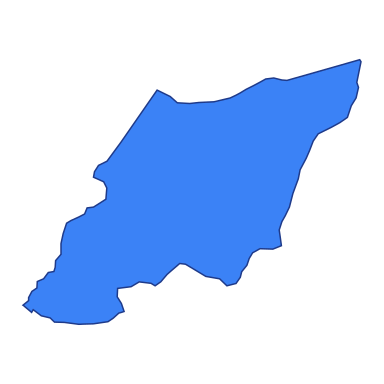 outline of Apsiou, Limassol, Cyprus
{"feature_id": "46923920B22530470704850", "entity_name": "Apsiou", "entity_type": "district", "adm_level": 2, "iso_a3": "CYP", "parent_name": "Cyprus", "parent_adm1": "Limassol", "projection": "robinson", "projection_center": [33.025, 34.799], "detail": "fine", "context": "isolated", "style": "filled", "palette": "blue", "viewbox_px": 384, "rotation_deg": 0, "n_neighbors": 0, "source": "geoboundaries", "source_scale": "gbopen_adm2", "svg_char_len": 1387}
<svg xmlns="http://www.w3.org/2000/svg" viewBox="0 0 384 384"><path d="M157.1,90.1L120.9,142.3L107.0,161.2L98.5,165.4L94.5,171.7L93.5,177.2L103.7,181.8L106.8,188.0L105.9,199.2L93.5,207.1L87.1,207.9L84.6,214.0L78.8,217.0L71.1,220.5L66.6,223.2L63.2,233.5L61.0,243.6L61.0,254.3L55.6,260.6L55.2,267.3L53.9,271.5L48.3,272.5L48.2,272.6L43.6,278.8L37.3,281.5L36.9,288.0L31.9,291.4L28.6,297.6L28.6,300.6L23.0,305.2L23.3,305.4L29.5,310.6L31.6,312.4L33.2,309.7L41.3,315.8L50.1,317.9L54.5,322.1L64.3,322.4L78.9,324.3L83.0,324.1L93.5,323.8L108.0,321.7L113.3,318.1L118.8,313.1L121.7,312.3L124.1,311.5L121.4,303.5L117.2,296.8L117.6,288.4L131.1,286.7L139.2,281.9L151.0,283.3L155.1,285.8L160.8,281.8L167.1,274.4L171.2,270.8L179.7,263.5L185.5,264.2L197.5,271.4L205.8,276.4L219.6,278.8L226.9,285.8L234.7,283.8L236.0,283.5L240.3,277.3L241.7,271.7L246.9,265.3L249.2,258.5L252.6,252.8L260.0,248.7L272.9,249.1L281.4,245.7L280.3,237.6L279.2,230.0L281.9,221.6L285.2,215.8L289.4,207.1L292.9,193.5L298.3,178.8L300.1,169.8L306.2,158.3L309.5,150.7L313.2,141.1L318.2,133.8L331.7,127.1L339.9,122.6L347.4,117.4L351.3,105.7L356.1,97.9L358.5,87.4L356.8,82.4L361.0,61.7L359.7,59.7L287.0,80.4L281.9,80.0L273.8,78.0L265.7,79.0L260.7,81.8L253.2,85.8L246.2,89.3L240.1,93.0L236.0,95.2L230.1,98.0L213.9,101.8L198.9,102.5L189.7,103.5L177.3,102.8L170.2,96.5L157.1,90.1Z" fill="#3b82f6" stroke="#1e3a8a" stroke-width="1.5"/></svg>